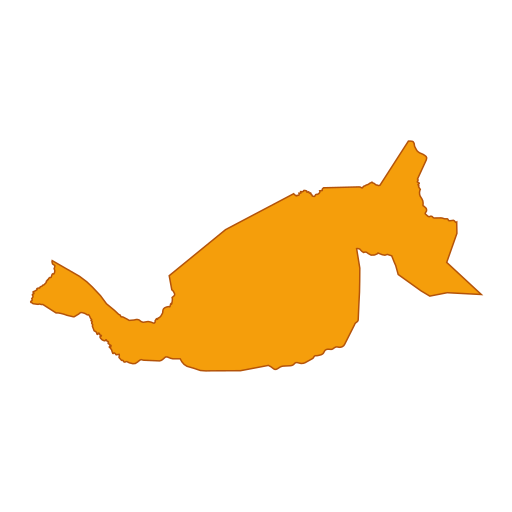 the district of San Marcos, Ocotepeque, Honduras
{"feature_id": "27666195B1401458590490", "entity_name": "San Marcos", "entity_type": "district", "adm_level": 2, "iso_a3": "HND", "parent_name": "Honduras", "parent_adm1": "Ocotepeque", "projection": "orthographic", "projection_center": [-88.963, 14.406], "detail": "fine", "context": "isolated", "style": "filled", "palette": "amber", "viewbox_px": 512, "rotation_deg": 0, "n_neighbors": 0, "source": "geoboundaries", "source_scale": "gbopen_adm2", "svg_char_len": 5998}
<svg xmlns="http://www.w3.org/2000/svg" viewBox="0 0 512 512"><path d="M481.3,294.5L446.7,262.4L456.9,233.4L456.7,222.0L456.2,222.3L455.7,222.3L454.2,220.7L453.4,220.3L450.4,220.7L449.0,220.7L448.4,220.2L447.8,219.1L447.3,218.8L444.7,218.8L442.0,218.0L440.9,217.9L434.1,218.0L433.2,217.6L432.1,216.5L431.2,216.2L430.5,216.2L429.4,216.7L428.7,216.6L428.0,216.3L425.4,214.0L425.2,213.5L425.3,213.0L426.5,211.0L426.6,210.1L426.5,209.2L426.2,208.4L425.7,207.8L423.8,206.1L423.3,205.9L423.0,205.4L423.1,203.1L422.8,200.9L421.9,198.9L420.1,196.0L419.6,194.3L419.5,192.2L419.9,190.3L420.3,189.4L418.6,186.9L418.6,186.5L418.9,186.0L418.9,185.8L418.3,185.2L418.0,184.7L418.2,184.3L419.0,183.9L419.2,183.5L419.2,183.2L418.8,182.7L417.4,182.1L417.3,181.8L417.6,181.0L418.1,180.1L417.9,179.4L417.5,179.0L426.3,159.9L426.7,157.9L426.1,156.5L424.6,155.3L423.0,154.3L419.5,152.8L418.0,151.7L416.9,150.6L415.4,147.9L414.6,146.3L414.1,143.3L413.1,141.7L412.2,141.3L410.5,141.1L408.4,141.1L380.0,185.2L378.6,185.6L378.0,185.4L377.3,185.1L376.3,185.0L375.3,184.4L374.7,183.8L374.1,183.4L372.3,182.7L372.1,182.2L371.9,182.2L371.5,182.3L370.9,182.8L370.0,183.1L368.2,184.4L366.1,185.1L365.1,185.8L364.0,186.1L363.2,186.7L362.6,187.7L362.1,187.9L361.6,187.8L360.4,187.1L359.1,186.9L323.5,187.8L322.3,189.1L322.2,189.6L322.3,190.2L322.2,190.5L319.7,190.8L320.0,191.7L319.3,193.1L317.7,194.3L316.7,194.3L315.7,194.6L314.8,196.1L314.5,196.4L314.1,196.4L313.1,196.3L312.3,196.0L312.0,195.0L311.1,194.5L311.0,193.6L310.7,193.0L310.5,192.9L310.0,193.2L309.4,193.1L308.8,191.9L308.4,191.8L307.8,192.1L307.1,192.2L306.8,191.7L306.8,191.2L306.5,190.9L305.1,190.5L304.0,190.4L303.7,190.6L303.3,191.3L302.6,191.7L300.6,191.6L300.6,192.3L300.9,192.9L300.6,193.1L298.9,193.2L299.1,193.8L299.2,194.5L299.0,194.9L298.7,195.2L297.9,195.4L297.1,195.3L296.9,195.8L296.2,195.9L294.1,194.3L293.7,193.7L225.6,229.6L169.2,275.7L171.8,289.8L172.9,290.7L173.8,292.1L174.6,293.8L174.6,295.0L174.0,295.9L172.1,297.5L172.4,299.0L172.2,301.4L171.8,303.3L171.6,304.0L171.3,304.3L171.0,304.3L170.8,303.8L170.6,304.0L170.0,306.6L169.7,306.8L168.6,306.6L166.6,307.0L164.9,307.7L163.9,308.5L163.4,309.1L163.0,310.1L162.8,311.3L162.7,312.8L161.0,315.9L159.6,317.4L158.1,318.1L157.9,318.4L157.7,319.0L157.5,319.3L157.0,319.3L156.7,318.7L156.4,318.8L155.1,320.8L155.2,321.7L155.0,322.3L154.6,322.8L154.0,323.2L153.8,323.2L151.0,322.1L148.1,321.5L143.9,322.2L143.0,322.3L140.9,321.4L139.0,319.9L137.4,319.5L136.2,319.5L134.1,320.0L129.1,320.4L127.6,319.4L123.2,317.1L122.5,316.9L121.6,316.9L121.0,316.7L120.7,316.3L120.5,315.6L120.2,315.1L118.6,314.3L114.5,310.4L106.5,303.8L100.5,295.7L92.5,287.2L86.8,281.8L79.5,276.3L52.2,260.6L52.0,261.6L52.2,262.8L52.6,264.0L54.8,265.5L54.8,266.3L54.4,268.1L54.1,268.6L54.8,270.5L54.8,270.8L54.6,272.3L54.1,273.5L53.7,274.0L52.8,273.8L52.4,274.0L51.9,274.9L51.4,276.6L51.0,277.4L50.6,277.6L49.8,277.5L48.9,278.2L48.5,278.7L48.3,279.5L47.5,279.8L47.3,280.5L46.5,281.0L46.3,281.4L46.3,282.2L46.1,282.6L44.2,284.6L43.7,285.0L42.9,285.1L42.2,286.0L40.2,286.9L40.0,287.2L39.8,287.7L39.6,288.0L38.1,288.1L37.1,288.5L36.8,288.9L37.1,289.5L36.9,289.8L35.3,290.8L33.1,291.8L33.1,292.3L33.8,292.8L33.9,293.4L33.6,293.9L32.7,294.1L32.4,294.5L32.4,295.1L32.9,295.7L33.0,296.2L32.7,297.4L31.8,298.5L32.1,299.6L32.2,300.1L31.8,300.7L30.9,301.3L30.7,301.9L31.0,302.5L31.8,302.7L32.4,303.2L33.1,303.7L37.5,304.3L38.4,304.3L39.5,304.0L41.2,304.5L42.9,304.5L56.0,312.9L58.1,312.9L60.8,313.4L63.9,314.2L67.0,315.3L73.4,316.8L74.1,316.8L78.6,314.1L80.1,312.9L81.0,312.5L82.5,312.7L84.2,313.2L85.4,313.7L87.2,314.8L87.7,314.9L88.4,314.7L88.7,314.8L89.4,315.8L90.6,318.4L91.6,319.5L91.5,319.8L91.1,320.2L91.0,320.6L91.3,320.9L91.8,321.2L92.1,321.5L92.1,322.0L91.7,322.7L91.7,323.2L91.9,323.7L92.6,324.5L92.7,325.0L92.4,325.8L92.4,326.2L94.1,330.7L94.5,331.0L95.5,331.5L96.2,332.1L96.6,332.7L96.8,333.8L97.2,334.3L97.5,334.4L97.9,334.2L98.1,334.0L98.3,333.2L98.6,333.1L98.9,333.1L99.4,333.5L99.6,334.3L99.9,334.8L101.2,335.4L101.4,335.8L101.2,336.1L100.9,336.2L100.4,336.0L100.1,336.3L100.0,337.1L100.6,338.3L102.1,339.8L103.5,340.5L104.7,340.8L105.3,340.6L105.7,339.9L106.2,339.8L106.5,340.1L106.7,340.7L107.0,341.1L108.3,341.6L108.5,342.1L108.1,342.9L108.2,343.5L108.5,343.8L109.4,344.2L109.8,345.1L110.1,345.2L110.6,345.1L111.0,345.5L111.0,346.0L110.8,346.5L110.3,346.8L109.5,346.6L109.3,346.8L109.3,347.1L109.5,347.4L110.2,347.3L110.5,347.6L110.5,348.5L111.5,349.6L112.2,351.9L112.8,353.4L113.2,353.5L113.7,353.0L114.2,352.9L115.4,353.7L116.0,354.7L116.3,354.8L117.8,354.5L119.2,354.4L119.3,355.9L119.0,357.3L119.1,357.6L121.4,360.2L121.7,360.4L122.4,360.3L123.0,360.5L123.3,360.9L123.7,361.7L124.3,362.0L124.9,362.1L126.1,361.6L126.9,361.6L129.3,362.8L132.9,363.7L135.3,363.5L137.9,361.8L138.5,361.1L139.3,360.7L139.9,360.1L141.1,359.6L143.5,360.2L159.5,360.9L161.0,360.5L162.4,359.7L165.5,357.0L167.1,356.9L170.7,358.3L172.9,358.8L180.2,358.8L181.8,361.7L184.1,364.4L187.0,366.3L193.9,368.3L200.4,370.5L205.9,370.9L211.1,370.8L240.5,370.7L268.4,365.4L271.0,366.8L273.9,369.0L274.9,369.4L275.9,369.4L277.2,368.9L280.2,367.0L282.0,366.3L283.4,366.1L290.7,365.7L292.0,365.4L293.4,364.7L295.0,363.1L295.9,362.6L297.3,362.6L301.1,363.5L303.3,363.3L304.9,362.8L312.5,358.6L313.3,357.9L314.2,356.4L314.8,355.9L315.4,355.7L316.7,355.7L317.7,355.6L321.0,354.8L322.2,354.2L322.9,353.7L323.5,353.0L324.9,350.5L325.5,350.0L326.4,349.5L327.8,349.2L331.1,349.4L331.9,349.3L332.8,348.9L334.5,347.7L335.8,347.0L337.0,346.9L339.2,347.3L340.8,347.2L342.3,346.7L343.7,345.7L344.6,344.4L354.5,324.8L354.9,323.8L355.5,323.0L356.7,322.1L357.5,321.4L358.0,320.6L358.2,319.7L358.9,303.7L359.5,292.0L359.7,281.1L359.8,268.1L356.6,248.6L357.8,248.5L359.7,249.0L361.6,251.1L363.6,252.5L365.1,252.0L366.6,252.3L368.2,253.5L371.1,255.1L374.5,255.0L377.5,253.7L378.0,253.0L382.2,254.7L384.9,255.2L387.3,254.4L391.7,255.8L394.5,262.8L395.7,265.5L398.2,274.5L421.1,290.9L429.8,296.1L447.2,292.7L481.3,294.5Z" fill="#f59e0b" stroke="#b45309" stroke-width="1.5"/></svg>